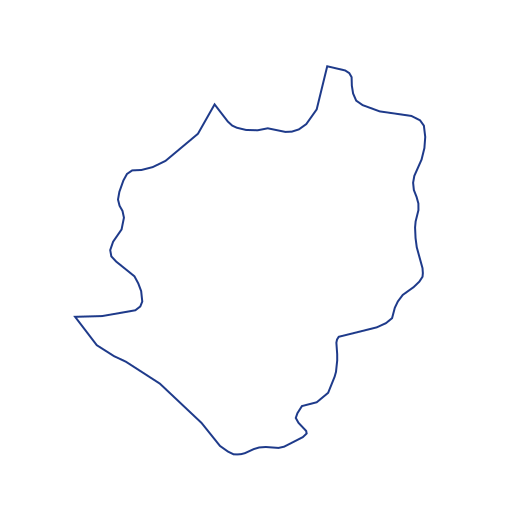 SVG path tracing the border of Harare, rotated 10°
{"feature_id": "ZWE-525", "entity_name": "Harare", "entity_type": "City", "adm_level": 1, "iso_a3": "ZWE", "parent_name": "Zimbabwe", "parent_adm1": "", "projection": "albers", "projection_center": [31.074, -17.86], "detail": "fine", "context": "isolated", "style": "outline", "palette": "blue", "viewbox_px": 512, "rotation_deg": 10, "n_neighbors": 0, "source": "natural_earth", "source_scale": "10m", "svg_char_len": 1424}
<svg xmlns="http://www.w3.org/2000/svg" viewBox="0 0 512 512"><g transform="rotate(10 256 256)"><path d="M263.4,128.7L269.7,127.3L276.2,123.9L282.6,117.4L290.3,101.1L293.2,56.8L311.6,57.8L316.1,59.7L319.1,63.3L320.8,71.6L323.4,79.1L327.7,85.6L334.8,88.9L352.7,92.1L384.7,91.1L394.0,93.9L398.7,98.5L402.0,109.4L403.1,120.5L402.3,132.3L398.0,149.6L398.0,156.6L400.0,163.6L403.9,170.0L406.8,176.1L408.0,182.6L407.2,194.2L407.7,200.3L410.0,210.6L412.8,219.5L422.1,239.1L423.3,243.9L423.6,247.5L421.3,252.9L416.7,259.2L407.3,268.8L403.6,276.1L401.7,282.9L400.8,293.6L395.7,299.5L387.3,305.3L351.5,321.2L350.3,324.2L350.2,327.4L353.0,338.6L354.1,344.7L354.9,356.2L354.4,361.2L350.8,378.2L341.2,389.5L327.3,395.8L324.1,403.6L323.3,408.6L326.8,412.9L335.8,419.6L336.7,422.0L333.6,426.2L316.8,438.9L311.5,441.1L298.8,442.4L292.4,444.0L287.4,446.5L279.3,452.1L275.8,453.7L272.3,454.6L268.4,455.2L262.4,453.5L253.5,449.3L231.4,429.9L183.5,398.4L146.2,382.7L133.6,379.3L114.7,371.5L88.4,347.3L114.8,341.9L146.6,330.4L150.8,325.8L151.9,320.6L149.0,310.5L144.8,303.4L139.8,297.1L119.3,285.8L113.6,281.5L111.4,275.5L112.8,266.7L119.0,253.2L119.3,241.2L116.7,234.8L112.9,230.2L110.3,224.4L110.3,216.5L112.3,204.6L114.7,197.6L119.2,193.2L128.2,191.2L138.8,186.4L150.4,178.0L177.6,145.7L188.9,113.9L204.9,128.5L209.9,131.7L214.8,133.0L224.3,133.6L235.8,131.9L245.4,128.2L263.4,128.7Z" fill="none" stroke="#1e3a8a" stroke-width="2"/></g></svg>